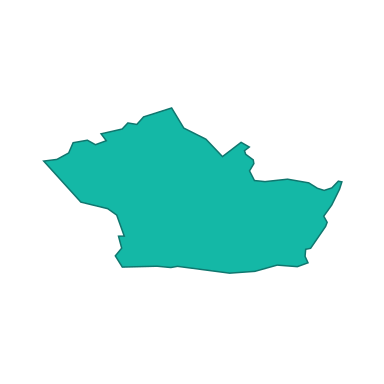 outline of Gloucester, Virginia, United States of America, rotated 309°
{"feature_id": "52423323B10302998803932", "entity_name": "Gloucester", "entity_type": "district", "adm_level": 2, "iso_a3": "USA", "parent_name": "United States of America", "parent_adm1": "Virginia", "projection": "equal_earth", "projection_center": [-76.514, 37.422], "detail": "fine", "context": "isolated", "style": "filled", "palette": "teal", "viewbox_px": 384, "rotation_deg": 309, "n_neighbors": 0, "source": "geoboundaries", "source_scale": "gbopen_adm2", "svg_char_len": 842}
<svg xmlns="http://www.w3.org/2000/svg" viewBox="0 0 384 384"><g transform="rotate(309 192 192)"><path d="M89.8,185.1L112.3,211.5L120.0,223.1L125.1,227.5L152.6,272.3L169.9,290.8L188.8,304.2L200.3,320.9L210.0,326.7L213.1,320.4L219.0,316.4L222.9,319.6L249.3,317.5L253.5,316.1L256.1,309.6L269.8,308.8L287.0,304.9L294.2,302.1L292.5,298.9L283.2,298.1L276.4,293.7L273.8,287.1L272.6,277.0L262.1,258.2L246.0,242.2L240.2,233.3L244.6,223.4L253.0,222.2L255.5,219.4L255.1,210.0L257.1,206.8L263.0,208.2L261.5,198.9L238.7,193.4L241.8,169.6L236.5,145.4L244.5,123.3L219.9,107.1L209.8,106.6L205.3,98.7L197.0,98.1L180.0,84.7L177.9,93.1L168.0,87.2L166.4,78.1L155.5,68.6L144.7,71.6L132.3,66.5L122.7,57.3L114.2,112.0L126.0,137.0L126.7,148.0L115.1,167.1L111.4,162.7L104.1,172.7L94.1,172.6L89.8,185.1Z" fill="#14b8a6" stroke="#0f766e" stroke-width="1.5"/></g></svg>